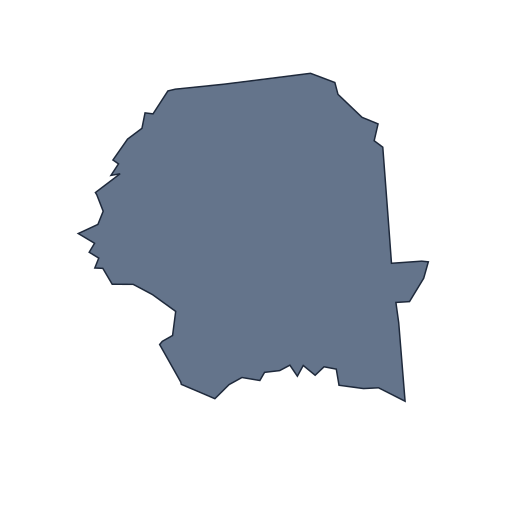 outline of Franklin, Virginia, United States of America, rotated 252°
{"feature_id": "52423323B83651152467254", "entity_name": "Franklin", "entity_type": "district", "adm_level": 2, "iso_a3": "USA", "parent_name": "United States of America", "parent_adm1": "Virginia", "projection": "mercator", "projection_center": [-79.913, 37.007], "detail": "fine", "context": "isolated", "style": "filled", "palette": "slate", "viewbox_px": 512, "rotation_deg": 252, "n_neighbors": 0, "source": "geoboundaries", "source_scale": "gbopen_adm2", "svg_char_len": 909}
<svg xmlns="http://www.w3.org/2000/svg" viewBox="0 0 512 512"><g transform="rotate(252 256 256)"><path d="M133.0,172.8L142.0,190.6L144.8,205.1L136.4,221.2L142.7,228.2L139.7,243.1L141.7,254.5L128.9,258.2L137.3,267.1L124.3,275.4L129.6,286.5L123.6,297.4L107.4,295.0L96.7,317.3L92.8,331.8L71.8,352.9L148.4,371.1L168.6,374.7L165.2,387.9L183.0,408.6L197.2,418.1L199.9,412.0L207.2,382.6L245.1,391.9L320.3,410.2L329.1,404.0L343.9,412.9L355.1,399.7L384.4,383.9L396.6,384.6L412.9,364.3L429.2,279.1L439.6,230.8L440.2,223.2L423.0,202.0L426.4,194.7L412.7,187.0L406.9,170.0L391.5,149.6L386.1,153.7L377.5,143.0L376.2,152.2L366.0,122.9L363.4,123.5L345.8,124.5L334.9,115.4L332.3,93.9L318.0,106.4L311.1,98.5L302.6,105.8L294.4,99.0L291.6,106.5L273.6,110.5L267.0,130.4L251.3,145.6L228.1,162.5L206.2,152.1L203.8,140.5L201.6,137.0L159.4,145.5L157.0,145.3L133.0,172.8Z" fill="#64748b" stroke="#1e293b" stroke-width="1.5"/></g></svg>